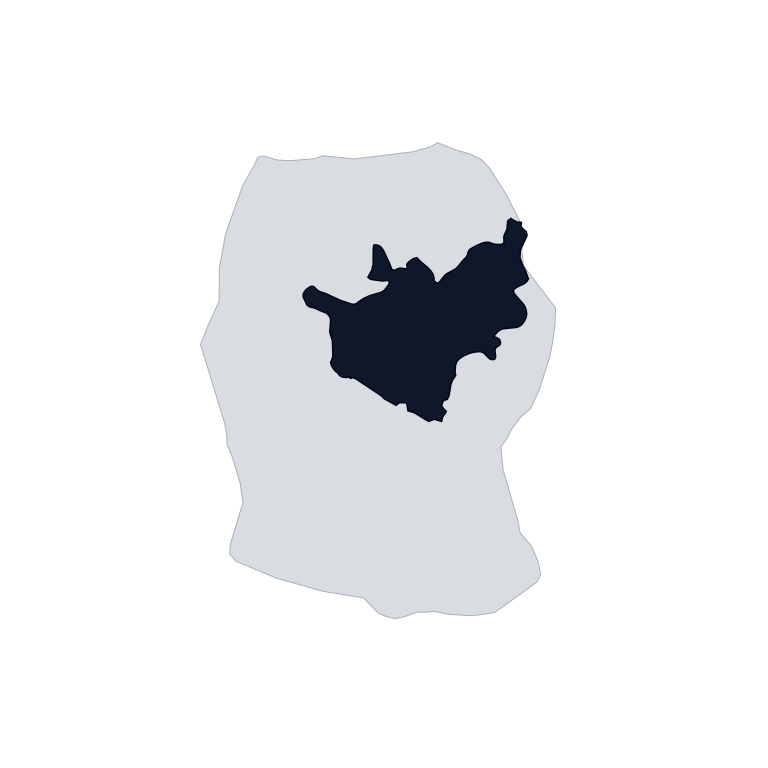 Thaba-Tseka on a map of Lesotho (Natural Earth projection), rotated 313°
{"feature_id": "LSO-1215", "entity_name": "Thaba-Tseka", "entity_type": "District", "adm_level": 1, "iso_a3": "LSO", "parent_name": "Lesotho", "parent_adm1": "", "projection": "natural_earth1", "projection_center": [28.641, -29.5], "detail": "fine", "context": "in_parent", "style": "filled", "palette": "ink", "viewbox_px": 768, "rotation_deg": 313, "n_neighbors": 0, "source": "natural_earth", "source_scale": "10m", "svg_char_len": 3989}
<svg xmlns="http://www.w3.org/2000/svg" viewBox="0 0 768 768"><g transform="rotate(313 384 384)"><path d="M485.5,501.5L467.8,507.4L465.4,507.9L454.0,506.5L438.8,507.9L426.9,511.2L417.7,512.4L402.6,529.4L375.2,575.3L368.0,584.9L365.9,602.9L359.6,617.1L351.8,628.3L344.2,631.0L321.4,626.6L292.1,620.8L275.1,607.0L259.9,588.8L251.9,575.6L243.5,568.3L240.6,564.3L228.7,558.2L224.2,555.0L220.2,552.7L215.4,543.9L212.6,536.3L213.6,515.0L205.2,502.3L190.7,480.7L181.6,462.9L169.0,438.7L161.3,418.0L153.4,396.5L154.4,387.3L161.9,381.0L184.0,370.1L201.1,361.8L213.4,346.4L226.7,323.6L233.2,309.9L239.7,303.6L246.8,293.9L259.2,272.4L273.0,248.6L287.8,222.9L306.5,215.5L332.1,206.9L356.6,184.5L385.9,165.7L433.2,145.2L455.3,140.0L463.7,137.0L469.0,140.9L474.6,152.6L482.6,162.4L501.3,179.5L509.2,183.6L528.5,208.9L549.0,226.2L572.7,246.1L588.9,256.1L597.1,258.8L603.9,276.5L610.7,289.7L614.6,302.0L613.8,313.9L606.3,343.2L595.3,373.2L586.6,385.6L575.9,393.5L565.5,405.3L561.4,429.4L556.7,457.6L543.1,469.2L532.5,476.9L517.9,486.2L485.5,501.5Z" fill="#d9dde1" stroke="#a8b0b8" stroke-width="1"/><path d="M591.7,363.9L591.7,364.9L593.1,370.6L595.9,374.3L592.7,376.7L592.3,380.4L592.4,384.4L590.1,387.4L575.0,392.4L569.2,397.2L566.0,403.2L563.5,410.0L559.8,417.1L559.8,417.8L559.7,417.8L556.7,418.6L552.7,418.1L546.1,415.4L542.0,414.4L540.1,415.5L539.0,417.4L537.4,432.1L536.6,434.8L535.2,437.4L532.2,441.0L529.2,442.7L526.1,443.7L522.0,444.3L518.9,443.9L516.0,442.5L505.4,433.3L502.7,432.1L499.8,431.5L495.8,431.6L493.9,432.0L493.6,432.1L494.9,435.0L495.4,438.1L493.9,441.0L491.9,442.1L490.0,441.9L488.1,441.3L486.3,441.2L484.4,442.1L483.0,443.6L481.7,445.3L480.3,446.9L477.8,448.1L476.9,447.7L475.8,446.7L474.9,445.5L474.4,444.0L474.4,442.0L474.7,437.4L474.6,435.3L474.0,433.5L472.9,432.0L471.5,430.5L467.9,427.6L464.1,425.3L458.6,423.0L454.6,422.0L452.0,421.9L450.1,422.0L446.7,423.4L441.1,427.9L439.2,430.6L434.1,431.4L429.6,433.0L424.5,436.5L419.7,439.6L416.1,440.8L412.3,438.8L407.5,440.8L406.5,444.7L406.5,448.2L403.6,449.0L399.8,449.4L395.9,451.7L394.0,447.8L392.4,444.7L389.5,443.5L386.9,441.9L386.6,440.2L383.6,425.6L380.7,419.9L385.6,413.4L380.8,408.0L376.6,407.4L373.6,395.2L373.3,393.1L373.6,390.6L368.5,359.6L367.9,357.8L367.2,356.7L365.6,356.0L365.2,355.1L364.9,353.8L364.5,352.9L363.2,352.3L362.7,351.7L362.1,350.7L361.0,349.3L360.3,347.7L359.9,345.7L360.5,342.1L360.2,339.8L360.5,337.5L360.9,335.5L361.6,333.2L362.6,331.2L363.7,329.9L365.2,329.7L367.7,328.6L369.6,327.5L380.3,316.9L382.3,313.6L382.9,312.4L384.5,309.6L385.5,308.5L394.1,301.6L395.6,299.7L396.5,297.2L396.5,293.5L393.8,286.4L392.7,282.8L392.1,281.3L391.4,280.0L389.8,277.6L389.2,274.0L392.3,265.9L394.4,263.7L396.6,263.0L398.6,262.7L400.6,262.7L403.7,263.3L405.1,263.8L406.4,264.6L407.2,265.9L407.4,267.6L407.2,269.8L407.3,272.1L408.0,274.5L410.3,279.4L415.7,295.7L420.6,306.3L422.5,308.2L424.8,309.2L426.7,309.3L432.3,310.6L438.7,313.2L448.5,319.0L451.3,320.1L453.5,320.3L459.4,319.7L460.9,319.2L462.0,318.3L462.6,317.4L462.4,316.6L461.6,315.4L459.4,313.6L458.0,312.3L452.4,304.4L451.6,302.8L451.2,301.9L451.1,299.4L459.0,297.4L464.1,294.4L475.5,284.0L477.6,282.4L479.0,281.9L480.1,282.9L481.1,284.5L482.0,286.9L482.0,289.4L481.3,292.6L475.7,306.5L473.7,310.3L473.2,311.8L473.9,313.6L475.6,314.7L478.5,315.8L480.1,317.1L483.0,321.3L484.3,321.9L485.3,321.3L486.0,320.2L486.6,319.4L487.8,318.9L489.9,318.8L492.2,319.1L495.5,319.9L496.9,320.6L497.8,321.5L498.8,321.9L498.5,326.8L499.0,336.7L498.6,341.6L497.6,345.2L495.9,348.0L493.4,350.6L493.8,351.3L493.7,352.2L493.8,353.0L494.6,354.6L496.0,355.0L504.8,354.3L507.9,354.8L516.9,357.8L519.5,358.0L529.2,357.4L531.5,357.6L533.5,357.5L535.2,357.0L538.2,355.4L539.7,355.0L541.5,355.0L547.8,357.0L553.6,359.5L556.8,361.5L558.9,363.6L561.1,368.5L562.7,371.0L565.4,373.9L566.8,374.9L568.7,375.4L569.6,375.0L573.3,371.3L575.2,370.3L580.8,368.5L582.0,367.7L586.7,363.9L587.5,363.5L588.4,363.3L591.6,363.9L591.7,363.9Z" fill="#0f172a" stroke="#020617" stroke-width="1.5"/></g></svg>